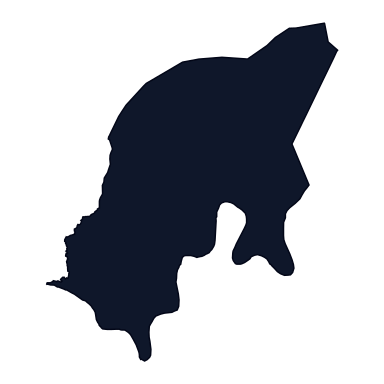 outline of Wuli West, Upper River, Gambia
{"feature_id": "56634734B48610519572764", "entity_name": "Wuli West", "entity_type": "district", "adm_level": 2, "iso_a3": "GMB", "parent_name": "Gambia", "parent_adm1": "Upper River", "projection": "orthographic", "projection_center": [-14.204, 13.433], "detail": "fine", "context": "isolated", "style": "filled", "palette": "ink", "viewbox_px": 384, "rotation_deg": 0, "n_neighbors": 0, "source": "geoboundaries", "source_scale": "gbopen_adm2", "svg_char_len": 4278}
<svg xmlns="http://www.w3.org/2000/svg" viewBox="0 0 384 384"><path d="M46.6,284.3L46.4,284.6L46.9,284.3L47.8,284.2L50.4,284.9L54.3,285.1L57.4,287.0L58.5,287.0L64.0,289.1L65.6,289.9L66.6,289.9L71.9,292.9L74.5,294.2L76.7,295.8L82.6,300.0L85.5,300.8L87.0,302.2L87.6,302.7L88.9,303.7L91.2,305.9L92.5,308.0L93.8,309.6L95.2,312.2L95.7,314.9L96.4,319.6L97.7,322.3L99.0,324.1L99.0,324.9L99.8,326.0L100.9,327.0L101.4,327.8L102.7,328.9L107.4,329.4L111.1,329.4L115.7,329.2L115.8,329.2L119.5,329.2L120.3,329.7L121.9,330.0L123.4,330.0L124.7,330.0L126.1,330.8L128.4,332.4L130.0,334.0L130.8,335.0L133.1,339.0L136.2,344.8L138.3,350.4L139.1,352.8L139.4,355.1L139.4,357.0L140.7,359.4L141.2,359.1L144.6,361.0L147.2,359.6L149.6,357.3L150.6,355.2L150.9,349.4L149.9,341.4L149.1,337.2L148.9,332.2L149.3,326.3L150.6,323.9L151.9,321.8L153.8,318.3L155.9,316.0L160.6,314.1L164.5,313.1L171.9,312.3L174.5,311.0L177.2,310.0L178.7,306.3L179.0,299.9L178.3,293.9L177.5,289.9L175.9,282.0L176.5,278.3L176.7,273.3L177.5,269.8L178.9,267.2L179.1,266.3L179.4,265.4L180.7,264.3L181.2,261.4L182.3,257.4L184.3,255.7L186.1,255.5L187.7,255.5L190.8,255.5L194.2,256.3L196.9,257.4L197.7,257.1L200.0,256.6L201.9,256.3L204.2,255.3L205.8,254.2L207.1,253.7L209.2,252.6L210.0,251.3L211.8,249.5L213.7,246.3L214.5,244.2L215.0,240.5L216.1,221.0L215.9,217.8L216.7,216.8L216.7,214.6L216.7,212.0L218.5,208.1L219.6,204.9L221.1,203.4L221.4,203.0L224.9,201.7L227.2,201.7L229.8,202.3L230.9,202.5L233.8,203.9L237.7,207.1L239.5,208.1L242.1,210.0L244.2,212.1L245.3,213.2L246.3,216.3L246.6,219.0L246.6,222.9L245.8,225.3L244.2,228.7L236.3,244.0L234.9,247.4L233.1,251.1L232.8,253.2L232.5,258.0L233.3,260.6L235.4,263.6L236.7,264.1L240.4,264.1L241.7,263.8L244.6,262.5L248.0,260.2L249.9,258.8L251.2,256.7L254.6,255.2L257.5,254.6L261.4,255.7L264.6,257.3L266.9,258.9L268.7,261.6L269.8,263.9L271.1,264.7L271.9,265.8L274.5,268.4L277.4,271.6L280.5,273.7L284.4,275.3L288.1,275.1L290.5,274.8L292.6,272.5L293.9,268.2L293.4,264.5L292.1,260.0L289.8,254.0L285.1,243.6L283.8,239.7L283.5,235.5L283.5,228.1L283.6,222.3L284.5,220.0L284.8,219.3L285.4,217.8L285.4,213.8L287.0,210.6L289.6,207.8L295.2,203.3L299.9,198.8L302.0,194.9L304.4,190.9L307.0,187.7L309.0,185.0L297.8,158.1L297.7,157.9L294.6,150.4L292.0,144.2L291.9,144.0L299.7,128.0L300.7,126.0L301.5,124.3L302.3,122.6L305.8,115.5L319.4,87.3L333.6,58.0L336.6,51.5L337.6,50.2L328.1,41.9L328.0,41.2L324.5,23.2L324.9,23.1L295.9,28.1L289.3,28.3L275.4,37.5L272.0,40.8L271.9,40.9L266.9,45.7L265.7,46.5L255.9,53.3L247.5,59.1L245.4,58.9L221.9,57.3L199.1,59.1L198.4,59.2L192.8,60.3L191.5,60.5L187.8,61.2L183.4,62.0L182.5,62.2L180.1,63.6L176.2,65.9L146.3,83.4L143.4,86.3L131.0,99.8L129.3,101.7L127.5,103.6L126.0,105.3L122.3,110.9L118.7,116.5L110.0,134.4L110.1,134.5L108.7,136.9L108.3,139.0L108.6,139.2L109.6,139.9L112.3,148.1L112.3,149.8L111.0,152.6L110.1,155.3L109.9,159.1L110.4,164.3L108.5,169.8L107.7,172.5L104.3,178.0L103.9,182.2L102.4,185.4L102.5,188.9L102.5,189.6L102.6,193.6L102.3,194.5L100.5,197.6L99.6,200.0L99.4,201.4L99.4,207.8L97.5,209.0L97.5,209.9L94.9,211.8L94.9,212.2L94.5,213.0L93.3,213.7L91.4,214.5L90.9,215.0L91.0,215.1L90.4,215.6L89.5,216.6L88.0,216.4L87.2,216.6L85.1,216.6L84.6,217.0L83.0,216.8L82.5,218.1L82.5,219.1L81.3,220.2L80.9,220.4L81.5,221.2L81.3,222.3L80.3,224.3L79.4,224.8L78.4,224.6L77.9,224.5L77.3,225.6L77.1,226.6L77.0,227.0L76.7,227.9L74.4,229.1L74.4,231.0L75.0,231.7L75.0,232.5L74.6,233.1L74.6,234.4L73.8,234.4L72.3,235.0L70.9,235.3L70.2,235.5L69.2,236.3L67.9,236.7L67.3,237.3L66.4,236.9L66.4,237.0L66.0,237.4L65.6,238.0L65.2,238.8L64.7,239.9L64.7,240.3L64.7,241.4L65.8,242.2L65.6,243.5L66.4,244.7L66.4,245.8L67.2,246.9L67.2,247.9L66.8,248.5L67.0,250.2L66.0,251.1L66.6,251.5L67.6,253.0L67.4,253.6L66.2,253.4L65.7,255.3L65.7,256.1L66.4,256.4L67.4,256.8L67.4,257.4L67.4,258.0L68.0,258.9L67.2,259.9L67.0,260.8L66.6,261.4L66.8,262.9L67.2,263.8L67.2,265.9L67.8,266.5L67.6,267.8L67.8,271.1L69.3,272.2L69.2,273.5L68.8,273.7L68.8,274.5L68.8,275.0L68.2,277.5L68.2,277.9L67.8,278.3L67.3,278.3L66.7,277.9L66.3,278.1L65.5,279.0L64.6,278.3L64.2,277.3L62.7,277.3L61.9,278.1L60.6,279.4L60.8,280.0L61.9,280.8L61.9,281.5L61.2,281.9L60.2,281.9L58.3,281.0L57.3,281.0L56.8,281.7L55.4,281.2L53.3,280.7L53.0,281.4L50.4,282.8L47.2,282.8L46.6,284.3Z" fill="#0f172a" stroke="#020617" stroke-width="1.5"/></svg>